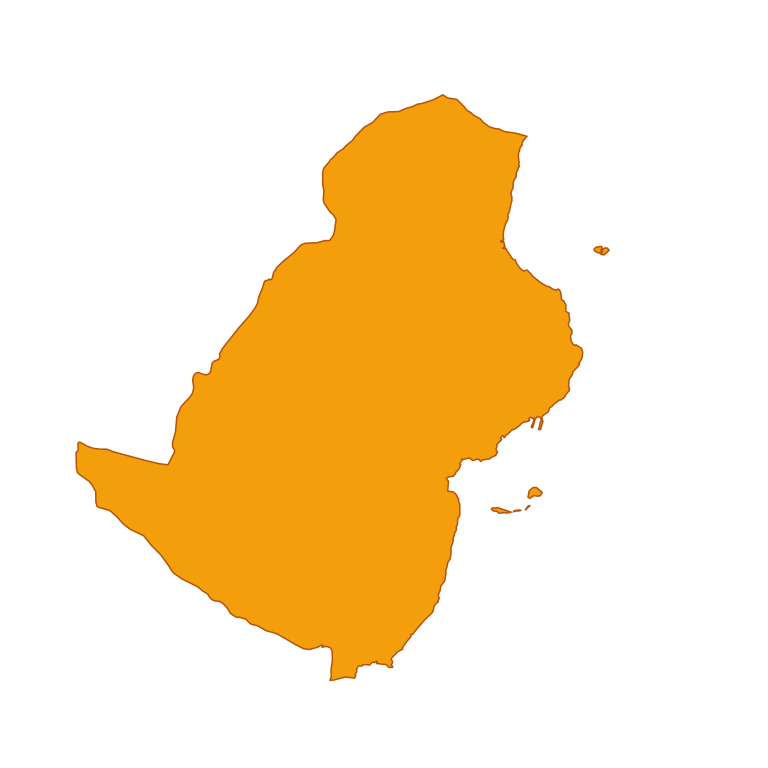 Asseb, Debubawi Keyih Bahri, Eritrea, rotated 41°
{"feature_id": "51966322B31129292770878", "entity_name": "Asseb", "entity_type": "district", "adm_level": 2, "iso_a3": "ERI", "parent_name": "Eritrea", "parent_adm1": "Debubawi Keyih Bahri", "projection": "natural_earth1", "projection_center": [42.689, 12.973], "detail": "fine", "context": "isolated", "style": "filled", "palette": "amber", "viewbox_px": 768, "rotation_deg": 41, "n_neighbors": 0, "source": "geoboundaries", "source_scale": "gbopen_adm2", "svg_char_len": 6175}
<svg xmlns="http://www.w3.org/2000/svg" viewBox="0 0 768 768"><g transform="rotate(41 384 384)"><path d="M554.7,625.3L554.5,623.8L553.8,622.4L552.8,622.0L552.2,619.2L550.2,616.6L549.7,613.6L552.5,611.1L552.5,609.6L553.9,608.0L557.5,605.6L557.6,603.0L558.1,601.0L559.5,600.7L560.4,598.0L561.5,598.3L561.7,599.6L562.7,599.5L563.4,598.4L565.3,597.5L569.5,594.4L573.6,594.7L576.2,592.6L576.0,591.5L573.7,591.3L573.5,589.4L572.6,587.8L570.3,587.3L569.6,585.8L570.0,577.3L572.0,571.7L571.0,571.4L570.2,564.0L570.0,556.8L569.0,556.0L568.8,555.1L569.8,554.4L570.0,553.0L569.6,551.7L569.4,535.9L570.4,525.5L570.1,523.3L568.1,519.8L567.2,516.9L567.8,512.8L566.9,512.6L566.3,509.2L564.5,508.7L562.6,506.1L562.1,503.6L559.4,499.1L559.0,492.8L555.0,486.2L552.9,484.3L551.7,481.1L550.1,478.2L549.4,477.8L548.7,472.7L545.9,468.1L543.0,464.7L542.0,464.0L539.7,458.0L537.0,454.3L536.2,451.6L535.4,451.0L534.3,446.7L533.5,445.4L532.8,445.2L531.4,441.6L528.1,437.3L527.5,433.9L525.8,431.5L519.8,424.8L517.9,424.0L516.4,422.8L515.8,421.7L514.1,421.5L512.2,420.5L509.7,419.9L507.5,419.9L502.2,422.9L496.5,415.1L493.2,414.6L493.3,412.7L493.7,411.9L496.9,407.8L496.8,404.8L496.1,402.9L496.5,399.4L496.2,398.5L495.1,395.0L494.6,394.4L493.7,394.6L493.2,394.0L493.0,390.5L492.2,389.3L493.4,389.0L495.8,385.2L497.5,383.7L500.0,383.7L501.6,383.1L503.7,379.5L504.7,378.7L507.8,378.9L508.1,377.1L510.7,373.3L512.7,371.6L513.4,368.5L515.1,364.7L514.4,360.9L512.7,360.7L510.9,359.2L510.2,357.0L509.1,356.1L508.9,353.2L509.2,349.3L508.8,348.3L507.3,348.1L507.1,346.2L507.8,345.0L509.8,345.6L510.1,344.1L509.3,342.5L510.2,341.4L510.8,334.6L512.2,332.4L513.4,327.4L513.7,323.6L514.4,321.1L516.7,318.4L517.9,316.1L517.3,315.5L516.4,315.6L516.0,314.6L516.3,313.5L516.7,312.7L518.9,312.5L519.1,311.7L520.1,311.7L522.6,316.8L522.8,319.0L523.9,320.0L524.8,319.4L521.0,311.1L521.1,309.2L521.6,307.6L523.3,307.0L524.9,307.0L526.8,308.5L526.8,309.9L529.5,314.7L530.2,316.8L531.2,316.5L532.0,315.7L528.5,308.0L525.1,305.9L524.7,305.1L524.8,302.9L526.2,297.3L524.6,292.8L525.4,291.2L525.5,287.4L526.9,281.1L528.0,279.9L528.9,276.4L528.7,273.9L528.1,273.0L528.2,267.6L526.7,265.5L525.1,264.9L521.3,260.0L520.6,258.3L520.0,253.5L518.5,250.7L518.9,243.4L518.6,240.9L517.5,240.8L517.3,238.0L516.1,233.9L513.2,229.7L509.7,227.5L503.2,228.5L502.9,229.4L502.2,229.9L499.7,229.8L496.2,228.2L493.6,225.7L492.6,224.0L492.7,222.8L491.3,220.8L489.9,219.9L485.8,219.3L484.0,218.0L482.5,214.4L480.6,212.3L478.3,210.7L477.6,209.2L474.3,209.8L473.2,209.5L469.4,205.0L465.0,203.3L462.8,203.9L457.9,199.4L455.5,198.1L453.4,197.9L452.7,199.0L452.7,200.0L449.9,201.5L444.4,202.3L443.0,203.4L436.1,204.7L425.3,205.2L423.9,204.7L417.3,204.1L414.8,207.4L410.4,207.3L404.1,205.8L401.9,204.2L399.7,205.1L397.2,205.0L395.0,204.1L388.9,202.7L387.3,201.7L386.0,202.0L385.4,203.2L384.6,203.4L385.2,201.1L380.9,198.0L379.5,200.0L378.4,199.8L378.2,199.0L378.6,198.3L379.5,197.9L379.6,196.8L378.7,195.4L377.7,195.2L373.8,190.0L370.4,182.8L369.9,179.6L368.3,176.7L366.3,175.0L365.9,172.3L360.9,163.4L360.6,162.2L357.5,158.6L355.3,157.6L353.4,154.1L353.3,152.5L351.3,149.3L350.2,148.3L348.4,145.1L347.8,141.0L345.2,137.7L344.4,133.9L343.6,133.4L343.4,130.8L341.5,129.9L340.9,128.4L336.1,124.1L333.7,120.9L333.4,119.0L332.2,117.5L331.6,115.5L331.6,112.9L330.6,112.6L330.0,110.9L329.4,108.8L329.4,103.3L319.4,108.0L310.3,113.8L307.4,115.1L303.0,116.2L302.1,117.3L300.0,118.5L294.4,120.9L287.1,121.4L282.8,120.7L274.8,122.4L271.8,122.2L266.8,123.0L262.2,122.1L252.3,121.4L244.3,126.4L238.7,127.2L234.8,137.1L228.8,147.1L225.5,151.1L223.3,156.5L220.5,160.3L216.3,168.8L208.5,176.0L204.3,182.8L203.8,194.1L200.7,202.8L199.9,215.5L200.4,221.1L199.0,228.9L198.9,233.4L196.9,240.3L197.1,246.9L196.4,249.2L196.9,252.9L196.9,260.1L197.4,261.8L199.5,265.3L207.0,273.8L212.2,277.9L216.6,284.0L218.4,285.7L220.5,286.8L230.0,289.5L235.2,289.7L239.8,291.2L245.8,300.2L248.1,304.7L248.8,310.5L248.5,311.8L245.3,314.5L241.1,320.9L232.2,329.5L230.9,331.8L230.0,334.1L229.8,343.8L227.4,357.6L226.6,366.4L227.8,373.1L229.6,376.1L230.5,378.6L229.8,380.0L228.5,380.2L228.4,381.5L226.8,383.7L226.6,385.3L229.6,392.0L232.4,400.6L235.4,405.6L236.8,411.1L237.7,421.2L237.5,436.0L238.8,463.2L240.3,469.5L242.2,470.7L243.0,472.9L242.9,474.2L240.9,478.0L240.6,479.6L240.8,481.3L245.3,489.1L244.9,492.0L243.4,494.1L239.3,496.1L236.7,496.8L234.9,499.2L234.7,500.5L235.0,502.8L236.1,505.0L237.4,506.9L242.4,511.2L244.7,514.9L245.7,517.7L246.1,522.2L245.7,530.1L245.8,534.9L249.2,544.8L258.1,557.0L263.1,567.4L265.9,570.3L269.0,571.2L270.5,572.7L273.9,586.4L273.1,587.3L266.4,591.8L254.8,597.9L224.6,612.5L217.7,615.0L213.0,619.1L206.7,623.3L200.5,625.8L193.8,627.0L192.2,627.8L191.8,628.8L192.1,629.7L196.7,634.8L196.7,637.9L206.7,648.9L210.6,651.9L213.3,652.1L225.2,650.9L229.9,651.7L237.0,654.3L244.1,662.2L247.6,664.5L249.8,664.2L259.1,659.8L261.5,659.3L270.2,659.5L278.5,660.7L287.6,660.2L302.2,656.2L314.3,658.4L327.6,659.4L339.8,662.2L346.2,664.2L349.9,664.7L359.2,663.7L376.5,659.3L383.0,659.2L388.5,658.2L392.6,659.4L395.7,659.6L398.5,658.7L402.2,656.2L405.9,655.3L412.2,655.8L419.0,657.9L425.2,657.0L428.6,654.6L434.1,652.1L438.9,652.6L441.4,652.4L446.8,649.6L457.0,647.5L464.5,643.8L468.2,642.5L487.8,638.8L496.8,636.6L501.7,633.6L506.5,626.4L508.1,622.4L509.6,621.3L510.0,623.1L512.6,619.9L515.8,618.4L517.2,618.4L520.3,619.8L526.5,626.6L531.8,634.9L536.1,639.2L537.6,642.9L540.1,640.7L547.2,630.4L554.7,625.3ZM569.2,374.6L570.2,370.1L573.8,367.6L575.1,366.0L575.1,363.9L574.7,362.5L573.9,362.0L567.0,362.1L564.5,364.3L563.6,369.3L566.9,374.9L569.2,374.6ZM465.5,142.0L466.2,135.7L464.9,135.1L463.2,135.0L461.5,136.3L460.9,138.2L460.9,139.8L462.0,141.0L462.4,142.2L461.4,142.1L460.0,140.6L459.2,138.1L458.4,137.5L457.5,137.9L454.8,140.9L454.0,142.8L454.3,144.6L455.3,145.3L458.2,145.0L460.6,143.8L463.3,143.6L465.5,142.0ZM549.6,408.2L552.6,406.1L555.7,406.0L559.4,401.9L561.0,401.2L564.5,397.1L551.0,402.7L550.0,403.4L549.3,404.8L547.1,406.3L547.2,408.0L549.6,408.2ZM566.3,394.0L569.1,391.2L570.6,389.3L568.7,390.4L566.4,392.9L565.2,394.9L565.5,395.5L566.3,394.0ZM573.3,386.8L574.0,379.6L572.8,381.8L573.3,386.8Z" fill="#f59e0b" stroke="#b45309" stroke-width="1.5"/></g></svg>